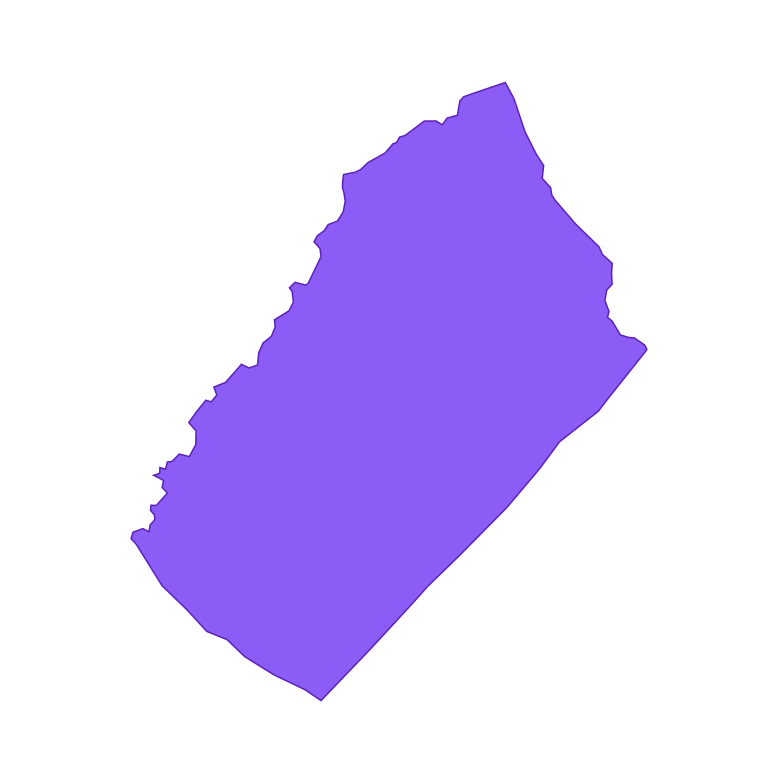 the district of Camuy, Puerto Rico, rotated 224°
{"feature_id": "32010507B35175802889516", "entity_name": "Camuy", "entity_type": "district", "adm_level": 2, "iso_a3": "PRI", "parent_name": "Puerto Rico", "parent_adm1": "", "projection": "orthographic", "projection_center": [-66.848, 18.417], "detail": "fine", "context": "isolated", "style": "filled", "palette": "violet", "viewbox_px": 768, "rotation_deg": 224, "n_neighbors": 0, "source": "geoboundaries", "source_scale": "gbopen_adm2", "svg_char_len": 1854}
<svg xmlns="http://www.w3.org/2000/svg" viewBox="0 0 768 768"><g transform="rotate(224 384 384)"><path d="M240.3,587.5L247.9,583.5L263.9,587.8L269.5,587.2L272.6,592.5L283.2,597.6L289.0,606.3L289.2,614.2L297.3,621.8L303.2,628.8L303.7,629.3L316.8,628.9L324.5,632.0L357.1,632.2L357.4,632.2L388.8,635.1L394.6,636.5L400.6,641.0L413.0,641.8L420.9,652.0L434.4,655.2L457.6,663.3L488.9,679.6L506.2,685.1L516.0,666.2L521.9,654.6L526.2,646.0L526.1,640.4L517.9,628.3L523.3,619.2L522.2,610.9L529.1,609.5L537.7,601.1L541.5,577.4L544.3,572.4L542.7,566.3L544.4,563.0L543.7,550.9L549.3,532.4L549.8,521.7L551.9,516.2L558.6,506.6L553.3,499.6L550.2,496.4L545.6,493.7L538.8,488.5L532.9,479.4L530.7,468.9L534.9,459.9L533.5,452.5L535.0,444.5L533.1,437.7L524.2,437.0L517.8,432.0L508.4,403.5L509.1,400.7L518.6,395.4L518.9,387.5L514.2,386.6L506.1,380.1L503.2,370.6L507.4,354.1L501.9,349.5L498.1,340.0L499.5,329.7L495.9,319.6L488.2,309.8L492.2,301.8L500.2,299.2L499.4,281.9L499.1,275.0L504.3,263.6L496.6,259.9L495.9,251.2L500.9,248.5L499.5,233.1L497.6,220.6L486.6,219.7L477.3,209.7L473.6,196.5L482.6,191.4L482.7,181.2L485.7,177.4L481.9,170.9L487.2,168.3L483.3,163.9L486.3,158.3L475.6,161.5L471.7,155.4L464.1,155.1L463.4,138.5L467.4,134.9L464.0,130.8L458.2,130.4L454.9,127.4L454.6,126.2L454.3,120.1L450.5,114.5L457.0,112.5L461.6,103.0L458.5,97.1L451.0,96.6L429.3,91.2L414.2,87.4L403.5,84.7L392.2,84.7L390.8,84.7L376.3,84.7L375.5,84.7L368.8,84.7L345.7,83.3L341.3,83.0L339.6,82.9L324.5,89.0L319.4,91.1L294.8,91.1L284.5,93.3L284.2,93.4L272.2,95.9L264.3,97.7L261.0,98.4L254.5,100.5L228.1,109.3L224.0,110.0L209.4,112.5L209.6,162.3L209.6,178.7L210.3,213.8L211.2,249.1L212.0,268.6L210.6,311.4L209.8,380.4L212.9,426.9L213.5,433.3L217.6,464.5L210.9,513.4L212.4,526.1L218.5,589.2L218.9,591.4L223.3,593.1L235.9,591.1L240.3,587.5Z" fill="#8b5cf6" stroke="#5b21b6" stroke-width="1.5"/></g></svg>